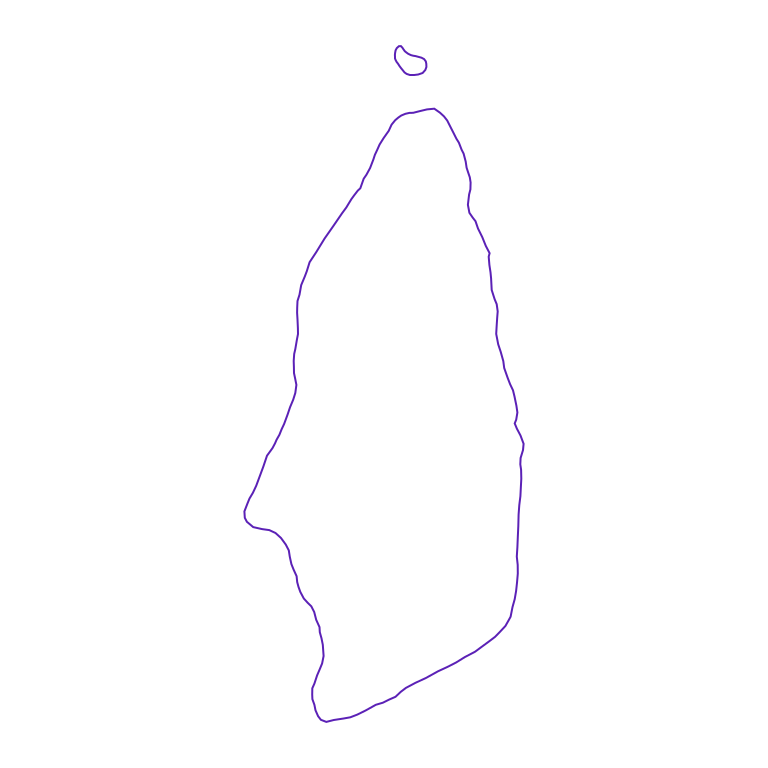 North Maalhosmadulu, Maldives
{"feature_id": "70690204B68213949051923", "entity_name": "North Maalhosmadulu", "entity_type": "district", "adm_level": 2, "iso_a3": "MDV", "parent_name": "Maldives", "parent_adm1": "", "projection": "albers", "projection_center": [72.932, 5.655], "detail": "fine", "context": "isolated", "style": "outline", "palette": "violet", "viewbox_px": 768, "rotation_deg": 0, "n_neighbors": 0, "source": "geoboundaries", "source_scale": "gbopen_adm2", "svg_char_len": 2947}
<svg xmlns="http://www.w3.org/2000/svg" viewBox="0 0 768 768"><path d="M520.6,458.0L523.0,450.1L523.6,443.8L520.5,435.5L516.9,428.7L514.7,423.4L516.2,419.7L517.4,412.5L516.4,405.7L514.5,396.5L513.0,390.3L510.1,384.2L507.6,377.7L504.2,368.0L503.3,361.1L500.7,351.8L498.2,344.3L496.2,333.9L496.7,325.2L497.2,317.6L497.7,311.4L496.7,304.2L494.6,299.1L491.7,290.0L491.1,278.5L490.5,272.3L489.4,265.0L488.7,256.7L489.6,253.2L485.8,245.9L482.3,237.2L478.0,228.5L475.5,221.2L472.7,217.6L469.4,212.8L467.9,204.8L469.1,194.5L470.4,189.4L470.6,182.5L469.8,177.3L468.1,172.3L466.6,167.7L465.7,161.6L463.6,153.6L461.6,149.7L458.9,142.7L456.4,138.7L454.0,133.9L451.2,128.4L447.2,120.5L444.0,116.4L440.0,112.7L434.3,108.7L427.0,109.4L419.9,111.1L413.2,112.8L409.4,112.9L405.4,113.8L401.3,115.5L398.4,117.5L395.2,120.2L391.6,124.6L388.7,130.9L386.7,133.7L383.6,138.1L379.6,144.5L377.2,149.9L374.9,154.8L373.4,159.4L370.1,168.0L366.4,174.8L363.7,178.7L360.3,188.3L357.8,190.6L354.4,195.0L351.4,199.1L348.9,203.2L346.3,207.5L342.1,213.2L333.2,226.2L324.6,238.5L316.2,252.2L309.6,262.2L306.8,271.2L304.8,276.5L301.2,285.1L299.5,294.7L297.5,301.0L297.2,307.6L297.1,312.7L297.5,319.4L297.9,328.3L298.0,334.0L296.9,339.7L296.1,344.4L295.3,349.1L294.2,353.9L293.7,361.0L293.9,366.9L294.0,373.1L295.2,378.8L296.4,384.9L295.3,393.0L293.2,399.7L290.1,407.1L287.6,414.5L284.1,424.0L281.6,429.3L279.4,434.8L276.6,439.7L275.0,443.4L272.5,448.1L267.0,455.7L263.4,466.4L260.4,474.5L256.2,485.8L252.9,492.8L249.5,498.5L247.5,503.4L244.4,511.4L244.8,517.8L246.9,521.8L253.2,527.1L262.1,529.1L269.3,530.1L275.5,533.0L281.0,538.0L285.8,544.6L288.8,550.4L289.8,556.8L291.4,564.1L293.6,569.6L296.6,576.2L297.2,582.1L298.5,586.9L300.3,591.9L303.8,598.5L307.7,602.8L311.3,606.3L314.2,612.0L316.2,619.8L319.5,627.1L319.8,632.2L321.5,638.3L322.8,644.8L323.6,656.0L322.1,663.5L319.8,669.1L317.1,675.4L314.4,683.6L312.3,688.3L312.2,694.7L312.4,699.2L314.4,704.8L315.5,710.3L318.1,716.2L320.9,719.8L326.3,721.9L333.8,720.0L343.6,718.5L350.3,717.3L357.3,714.6L365.6,710.5L375.8,704.8L382.9,702.7L389.1,699.6L395.5,696.8L400.8,691.8L405.9,687.9L415.5,682.8L425.9,678.0L438.0,671.3L447.5,666.9L456.1,662.5L464.8,657.1L475.1,651.7L481.7,646.8L488.8,641.6L495.0,636.9L499.8,632.0L505.4,626.0L508.8,620.0L510.6,616.7L512.5,607.1L514.7,599.2L516.1,591.0L517.0,582.8L517.8,573.6L517.7,564.9L516.8,556.6L517.4,547.0L517.8,537.2L518.3,526.2L518.6,514.5L519.3,505.0L520.4,496.2L520.9,486.3L521.3,478.8L521.1,469.8L520.3,464.3L520.6,458.0ZM426.3,63.8L425.8,61.4L424.1,59.1L421.5,57.7L418.2,56.8L415.6,56.1L413.1,55.7L410.9,55.1L408.2,53.8L406.4,52.5L404.8,51.2L404.1,50.2L403.3,49.1L402.4,47.7L400.9,46.1L398.9,46.2L396.8,48.1L395.6,50.3L395.1,53.0L394.9,54.9L395.0,56.7L395.0,58.4L395.6,60.0L396.6,61.9L398.0,63.7L399.6,66.2L401.1,68.2L402.5,69.9L404.5,72.4L406.6,73.9L409.9,75.0L414.2,75.0L418.2,74.5L422.6,73.0L425.3,70.0L426.4,67.0L426.3,63.8Z" fill="none" stroke="#5b21b6" stroke-width="2"/></svg>